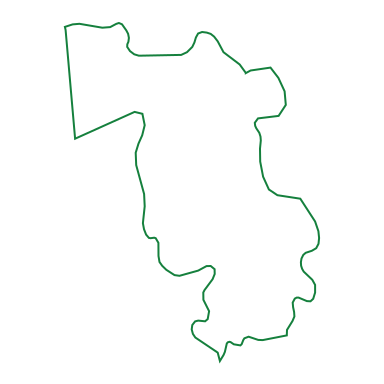 the border of Pisa
{"feature_id": "ITA-5381", "entity_name": "Pisa", "entity_type": "Province", "adm_level": 1, "iso_a3": "ITA", "parent_name": "Italy", "parent_adm1": "", "projection": "orthographic", "projection_center": [10.703, 43.467], "detail": "fine", "context": "isolated", "style": "outline", "palette": "green", "viewbox_px": 384, "rotation_deg": 0, "n_neighbors": 0, "source": "natural_earth", "source_scale": "10m", "svg_char_len": 1764}
<svg xmlns="http://www.w3.org/2000/svg" viewBox="0 0 384 384"><path d="M75.1,138.7L65.6,30.0L64.9,26.9L72.6,24.4L79.4,23.8L102.3,27.7L110.2,27.1L116.2,23.9L118.9,23.0L122.0,24.3L126.3,30.4L128.1,33.8L128.9,37.9L128.4,41.8L127.3,44.3L127.2,46.9L130.0,51.1L134.2,54.3L138.9,55.7L181.2,54.9L187.0,52.2L192.3,46.9L194.4,42.5L195.9,37.5L198.1,33.5L202.1,32.0L206.8,32.6L210.7,33.9L214.1,36.6L217.7,41.3L223.5,52.2L239.7,64.5L245.8,72.9L245.8,73.1L250.6,70.5L270.5,67.6L278.4,77.9L284.6,91.3L285.8,104.9L278.6,115.9L258.0,118.4L254.8,122.8L255.2,125.9L256.3,128.3L259.3,132.8L260.5,136.6L260.8,140.5L260.0,148.7L260.2,161.6L263.1,176.7L268.9,189.5L277.4,195.2L300.3,198.7L315.1,221.5L318.4,231.2L319.1,238.0L318.5,243.8L316.2,248.2L311.8,250.8L305.7,252.8L303.3,254.9L301.5,258.5L300.9,262.2L301.1,265.7L302.1,268.8L303.7,271.6L312.3,279.8L315.1,284.9L315.1,292.6L313.2,298.8L310.5,301.3L306.9,301.1L298.6,297.6L296.7,297.6L294.8,298.6L292.7,302.6L293.1,307.2L294.1,312.0L294.4,316.5L292.5,321.0L287.0,329.9L286.8,335.4L262.7,340.1L258.2,339.9L248.6,336.7L244.4,338.3L243.3,340.0L241.7,344.1L240.4,345.4L233.8,344.3L230.6,342.1L229.5,341.8L227.8,342.3L226.8,343.5L224.9,351.8L223.6,354.9L219.9,361.0L217.7,352.6L195.3,337.5L192.9,333.9L191.7,329.4L192.3,325.0L195.1,321.4L198.2,320.6L205.1,321.3L207.7,319.1L209.1,311.2L203.4,299.8L203.3,292.5L204.5,290.1L212.6,279.2L214.7,274.0L214.6,269.2L210.7,266.0L206.5,266.1L198.2,270.6L179.5,275.8L174.5,275.1L166.3,269.8L162.2,265.8L159.5,262.0L158.5,256.0L158.4,242.8L155.7,238.2L154.2,237.7L150.6,238.2L148.9,237.9L146.1,234.6L144.0,229.2L142.9,223.2L144.7,206.3L144.1,194.0L136.2,165.1L135.7,152.7L138.5,143.6L142.2,135.3L144.7,125.2L142.4,113.8L134.6,111.9L75.1,138.7Z" fill="none" stroke="#15803d" stroke-width="2"/></svg>